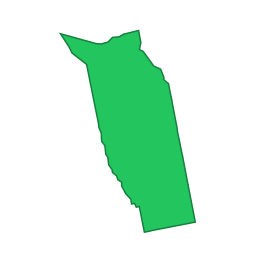 Tangipahoa, Louisiana, United States of America, rotated 169°
{"feature_id": "52423323B76219766339167", "entity_name": "Tangipahoa", "entity_type": "district", "adm_level": 2, "iso_a3": "USA", "parent_name": "United States of America", "parent_adm1": "Louisiana", "projection": "orthographic", "projection_center": [-90.393, 30.617], "detail": "fine", "context": "isolated", "style": "filled", "palette": "green", "viewbox_px": 256, "rotation_deg": 169, "n_neighbors": 0, "source": "geoboundaries", "source_scale": "gbopen_adm2", "svg_char_len": 967}
<svg xmlns="http://www.w3.org/2000/svg" viewBox="0 0 256 256"><g transform="rotate(169 128 128)"><path d="M84.5,22.8L79.9,22.8L79.9,70.9L79.8,90.4L79.9,92.1L80.1,115.2L79.8,119.0L79.8,120.9L79.8,139.1L79.7,148.1L79.8,153.1L79.8,163.9L81.8,166.1L83.8,169.2L83.1,170.5L84.7,179.5L90.9,183.9L98.4,200.1L101.8,202.9L99.1,209.4L99.0,221.7L114.5,220.9L119.5,219.2L125.9,219.9L131.2,216.2L138.2,215.6L142.9,216.8L156.6,223.6L176.3,233.4L170.3,218.6L168.7,212.3L156.9,198.8L156.5,198.4L156.5,197.8L156.3,159.3L156.1,138.2L156.5,133.9L155.2,128.4L156.4,119.9L154.1,115.1L154.8,106.5L153.1,102.4L153.5,102.0L154.0,95.5L151.4,89.6L151.8,87.3L148.3,83.3L147.8,79.1L144.6,76.0L145.3,72.3L142.7,63.8L138.8,57.5L139.0,52.7L135.9,52.7L135.0,48.7L131.9,48.8L131.8,22.6L126.6,22.6L124.0,22.8L114.1,22.8L113.0,22.8L110.6,22.8L109.5,22.8L109.3,22.8L106.0,22.8L101.9,22.8L101.5,22.8L101.1,22.8L99.1,22.8L98.9,22.8L84.5,22.8Z" fill="#22c55e" stroke="#15803d" stroke-width="1.5"/></g></svg>